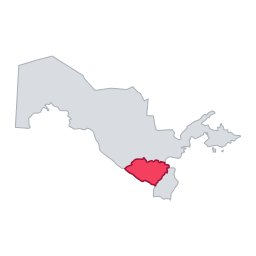 location of Kashkadarya within Uzbekistan
{"feature_id": "UZB-361", "entity_name": "Kashkadarya", "entity_type": "Region", "adm_level": 1, "iso_a3": "UZB", "parent_name": "Uzbekistan", "parent_adm1": "", "projection": "equal_earth", "projection_center": [66.509, 38.762], "detail": "fine", "context": "in_parent", "style": "filled", "palette": "rose", "viewbox_px": 256, "rotation_deg": 0, "n_neighbors": 0, "source": "natural_earth", "source_scale": "10m", "svg_char_len": 5992}
<svg xmlns="http://www.w3.org/2000/svg" viewBox="0 0 256 256"><path d="M208.3,112.9L212.4,110.9L214.8,112.2L215.0,113.0L212.5,114.4L210.2,115.2L209.5,117.1L207.3,117.9L205.1,120.5L201.5,123.1L201.5,123.6L201.8,124.1L203.0,124.4L205.4,125.8L207.6,125.0L208.2,125.2L208.8,126.0L209.5,128.4L210.5,129.0L213.9,130.3L216.3,130.3L217.6,130.8L217.8,130.6L217.8,127.0L218.9,127.6L220.0,127.2L220.4,125.4L220.2,124.3L221.0,123.6L221.4,124.1L221.5,125.1L222.7,125.8L223.6,127.6L223.9,129.6L226.2,130.1L227.0,129.7L227.7,129.9L228.0,132.5L228.4,132.7L230.4,132.2L232.3,133.2L234.3,135.2L236.6,135.3L237.1,135.6L238.7,135.3L240.6,135.9L240.6,136.2L240.3,136.6L235.9,138.9L234.8,140.6L233.8,141.1L231.1,140.2L230.7,141.2L231.2,142.2L230.6,143.3L229.2,142.9L228.9,142.3L227.6,142.6L226.1,144.3L225.4,145.7L223.9,146.1L221.9,147.6L221.1,146.4L219.6,146.6L217.7,145.4L216.7,145.2L208.2,146.7L207.5,146.5L206.6,144.6L204.4,143.6L204.5,142.6L208.8,138.6L209.3,137.4L207.8,136.7L208.0,135.7L205.1,132.5L204.6,132.3L204.2,132.4L203.2,134.8L195.6,138.8L194.5,138.5L192.8,136.9L191.7,136.4L190.3,137.7L190.4,139.2L189.0,140.4L190.3,144.5L190.2,145.1L189.2,145.2L190.0,146.8L189.4,147.0L185.7,146.4L181.5,147.3L181.6,148.0L185.4,147.8L185.9,148.1L186.0,148.7L185.8,149.0L183.8,149.3L183.6,150.0L184.7,151.8L184.2,152.2L183.5,151.9L182.9,153.1L181.6,153.0L181.0,156.6L179.9,157.8L178.5,158.4L169.5,156.8L167.2,157.9L165.6,159.5L164.6,163.4L164.7,163.9L168.6,165.4L169.2,167.8L173.9,167.9L174.7,168.3L175.1,168.9L175.3,169.6L174.0,173.5L174.5,176.9L175.3,178.5L178.1,181.5L178.0,183.2L177.3,184.7L176.6,186.0L175.7,186.5L174.6,188.2L173.6,190.2L171.6,192.8L171.0,194.3L170.8,198.6L170.3,199.9L170.2,199.4L169.5,198.9L167.4,198.8L167.0,198.2L164.3,199.2L162.7,198.8L161.0,197.0L157.7,196.4L153.6,196.8L153.5,192.3L153.7,189.0L155.1,186.4L155.0,186.0L154.3,185.1L151.9,184.3L149.0,182.3L146.3,180.9L144.7,180.5L143.0,181.3L141.5,181.0L134.3,175.7L128.3,171.9L124.2,168.1L122.2,168.5L117.0,164.9L113.6,161.1L102.4,152.7L100.2,150.6L99.7,149.6L98.9,144.5L97.9,142.1L96.5,140.8L95.3,138.4L93.6,132.4L93.0,131.3L89.6,128.8L87.7,128.2L86.3,128.6L85.5,129.6L84.3,129.7L79.4,128.6L74.0,129.1L69.3,126.1L69.0,125.6L69.1,124.7L70.1,122.7L69.9,121.8L69.3,120.9L69.3,119.9L69.8,119.3L70.7,119.5L71.0,119.1L70.9,118.6L69.8,117.4L67.7,116.2L68.2,115.4L68.3,113.5L68.7,112.5L68.4,112.2L66.8,110.7L61.5,110.7L60.3,110.3L59.3,109.7L58.3,107.6L57.8,107.1L54.2,106.2L50.6,102.5L49.8,104.2L49.1,104.5L46.3,104.1L44.8,105.1L48.1,108.8L48.8,110.0L48.8,110.7L47.8,110.8L46.9,109.0L46.4,108.5L43.1,107.5L42.0,108.6L41.6,110.1L40.1,112.5L38.4,113.0L34.4,113.1L33.2,113.7L32.4,114.3L30.8,116.5L28.7,118.2L29.1,125.2L30.3,126.9L29.0,128.4L15.4,127.4L18.8,65.4L38.2,59.7L52.2,56.1L82.8,75.4L83.5,76.1L83.9,77.8L84.7,79.1L95.1,90.5L110.8,88.2L126.8,89.5L132.8,86.7L137.4,91.7L140.3,93.5L144.3,100.9L148.1,98.9L147.5,107.7L147.0,110.4L146.9,115.7L153.3,115.9L154.7,124.4L156.1,129.8L157.5,130.5L169.5,129.7L170.5,130.1L172.2,129.5L173.3,131.3L174.5,132.4L173.7,136.2L175.2,137.7L178.6,139.5L180.6,139.4L181.0,138.8L180.9,137.9L180.4,137.0L180.4,135.9L180.7,135.1L182.7,132.2L186.0,129.4L186.7,128.4L187.0,126.6L188.1,125.6L190.9,124.5L191.3,123.6L194.7,121.4L198.6,120.0L200.3,118.8L202.0,116.7L204.4,114.4L205.4,114.4L206.1,115.1L206.6,115.2L208.3,112.9ZM207.9,134.0L207.4,132.9L206.8,132.5L206.5,132.7L207.5,134.0L207.9,134.0ZM215.6,152.1L213.0,152.0L213.4,150.3L212.5,149.5L212.3,148.7L212.5,147.9L213.1,147.6L213.9,148.8L215.8,149.4L215.2,150.6L215.7,151.8L215.6,152.1ZM223.3,150.3L222.8,151.8L221.7,151.2L221.9,150.8L223.3,150.3Z" fill="#d9dde1" stroke="#a8b0b8" stroke-width="1"/><path d="M164.7,162.6L164.5,162.9L164.5,163.1L164.6,163.8L165.0,164.2L166.6,164.8L167.7,164.8L168.2,165.0L168.3,165.1L168.4,165.3L168.5,165.4L168.8,165.3L169.0,165.6L169.0,165.8L168.9,167.2L168.9,167.6L168.7,167.8L167.5,167.9L167.4,168.0L167.2,168.0L166.9,168.4L166.8,168.5L166.9,169.0L167.0,169.7L167.4,170.3L167.4,170.5L167.4,170.8L167.3,171.0L167.4,171.3L167.4,171.5L167.4,171.8L167.3,172.0L167.2,172.2L167.1,172.3L167.1,172.5L167.1,172.8L166.9,172.9L166.6,172.6L166.4,172.4L166.2,172.4L165.8,172.4L165.6,172.4L165.5,172.5L165.3,172.6L165.2,172.7L165.2,172.8L164.4,174.4L164.3,174.6L164.0,174.8L163.9,174.9L163.7,175.0L163.2,175.2L163.1,175.4L162.9,175.7L162.7,175.9L162.2,176.4L162.1,176.5L161.9,177.0L161.8,177.9L161.7,178.3L161.5,178.6L160.0,179.8L159.2,180.3L158.6,180.4L158.5,180.5L158.4,180.6L158.2,181.0L158.0,181.4L158.0,181.6L157.9,181.8L157.8,182.0L157.7,182.2L156.1,183.8L155.9,184.2L155.8,184.9L155.8,185.1L155.6,185.6L155.2,185.8L155.0,185.4L154.5,185.0L154.1,184.8L153.5,184.6L152.5,184.6L152.1,184.5L150.7,183.8L150.1,183.0L149.7,182.6L149.3,182.4L148.4,182.2L147.6,181.5L147.2,181.3L146.3,181.1L145.0,180.4L144.5,180.4L144.2,180.6L143.5,181.1L143.2,181.3L142.3,181.4L141.4,181.1L139.2,179.5L137.8,178.6L136.0,177.3L134.8,176.1L133.0,174.5L132.1,173.9L130.2,173.2L128.5,172.1L125.7,169.7L124.9,168.7L125.2,168.5L126.4,167.1L127.0,166.7L128.8,165.9L129.6,165.7L131.8,164.8L131.9,164.7L132.0,164.6L131.9,164.5L131.9,164.4L131.4,163.8L131.4,163.6L131.3,163.4L131.3,163.2L131.5,162.8L132.5,161.7L132.8,161.6L133.0,161.6L133.3,161.4L134.6,160.0L135.3,159.5L136.6,159.2L136.8,159.1L142.5,159.2L142.9,159.0L143.2,158.8L143.3,158.7L143.3,158.2L143.5,158.0L143.6,157.9L144.0,157.9L144.2,158.0L144.3,158.0L144.5,158.2L144.6,158.8L144.7,159.0L144.8,159.2L145.5,159.9L145.9,160.2L146.3,160.5L146.3,160.9L146.3,161.2L146.3,161.3L146.3,161.5L146.4,161.8L146.5,161.8L147.4,162.1L147.9,162.1L148.1,162.0L148.4,161.8L149.6,161.2L151.6,160.7L151.9,160.7L152.2,160.9L153.0,161.6L153.4,161.7L153.5,161.7L154.5,161.3L154.6,161.2L155.0,160.5L155.1,160.4L155.4,160.2L155.7,160.1L155.8,160.1L156.9,160.3L158.0,160.5L158.3,160.6L158.6,161.1L158.6,161.3L158.5,161.8L158.5,162.1L158.6,162.3L158.8,162.5L159.0,162.5L160.5,162.5L160.6,162.4L160.8,162.3L160.9,162.2L160.8,161.8L160.8,161.7L161.6,161.8L164.7,162.6Z" fill="#f43f5e" stroke="#9f1239" stroke-width="1.5"/></svg>